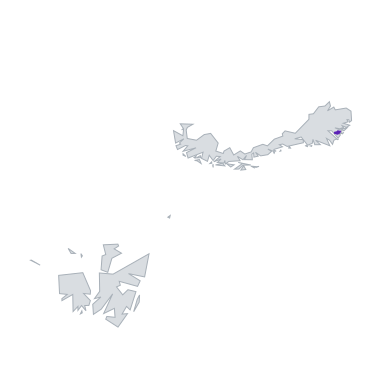 Vaksdal nor, Hordaland, Norway shown in context, rotated 224°
{"feature_id": "86288312B98052754922139", "entity_name": "Vaksdal nor", "entity_type": "district", "adm_level": 2, "iso_a3": "NOR", "parent_name": "Norway", "parent_adm1": "Hordaland", "projection": "mercator", "projection_center": [5.767, 60.674], "detail": "fine", "context": "in_parent", "style": "filled", "palette": "violet", "viewbox_px": 384, "rotation_deg": 224, "n_neighbors": 0, "source": "geoboundaries", "source_scale": "gbopen_adm2", "svg_char_len": 5418}
<svg xmlns="http://www.w3.org/2000/svg" viewBox="0 0 384 384"><g transform="rotate(224 192 192)"><path d="M203.3,238.0L196.3,241.4L197.4,243.7L195.6,250.1L187.7,247.6L185.8,255.1L180.4,256.0L177.3,261.9L178.6,266.5L174.2,275.5L169.8,277.6L169.5,287.2L165.5,295.3L167.5,296.6L167.5,300.6L158.5,306.0L158.4,325.5L161.8,329.1L159.0,332.6L160.0,341.3L156.1,346.2L155.9,352.4L152.1,350.0L150.9,344.5L149.0,351.6L146.0,350.6L139.4,359.5L133.8,360.6L126.8,354.2L127.2,351.6L129.5,352.9L130.8,351.7L128.5,350.8L131.0,346.5L124.9,349.6L125.8,345.7L130.1,344.0L127.8,343.6L129.7,340.1L133.8,337.4L129.8,339.0L125.0,345.7L125.3,341.5L127.6,341.1L125.0,338.0L127.4,335.7L124.9,336.2L124.3,332.2L134.0,333.1L136.7,330.5L124.8,330.8L125.9,327.8L124.0,323.9L129.1,324.8L132.5,324.0L125.0,321.0L139.0,315.1L132.6,315.2L136.5,311.3L141.6,313.9L139.3,310.6L141.3,306.0L151.7,307.4L155.1,301.6L148.4,306.9L146.1,304.8L155.2,290.9L160.1,289.5L162.0,286.7L158.3,287.4L162.6,279.6L161.4,277.9L167.3,275.6L163.0,276.4L163.4,271.5L167.7,265.7L173.9,264.7L169.3,263.8L171.7,260.1L174.8,262.9L175.2,260.7L171.0,257.1L176.7,251.8L178.2,256.2L177.7,250.6L184.1,249.2L179.1,247.9L186.7,239.6L187.5,235.4L190.3,237.5L189.1,235.1L194.3,230.8L194.0,236.0L197.3,228.9L196.3,237.1L199.3,234.7L198.7,229.3L205.1,230.4L202.2,224.8L208.5,222.8L211.7,228.3L218.4,213.7L223.3,216.5L219.8,226.6L226.7,215.1L227.1,222.3L229.0,220.9L231.9,212.5L235.7,214.2L233.4,218.5L235.1,218.6L234.8,224.6L237.8,215.8L247.9,223.3L237.6,226.1L241.9,231.6L247.8,232.9L238.4,241.4L240.2,235.3L239.3,232.6L232.6,227.2L224.7,232.4L223.1,241.8L219.3,247.1L207.2,245.4L203.3,238.0ZM177.9,35.5L185.4,42.3L184.6,53.2L188.1,47.5L189.4,56.4L202.4,69.4L191.7,78.1L180.0,117.7L167.1,98.0L181.0,89.2L167.6,92.1L165.6,86.3L182.3,77.2L178.8,75.1L180.4,71.3L170.4,69.9L170.2,77.2L163.1,81.4L154.6,64.2L159.6,64.2L157.5,55.6L153.9,59.7L151.4,43.4L165.7,40.6L166.8,43.3L160.3,48.4L167.0,54.4L171.1,43.2L178.3,63.6L175.9,44.7L177.9,35.5ZM194.5,23.4L206.6,35.5L210.1,23.5L211.5,24.9L210.6,31.7L216.7,26.9L230.0,39.4L214.5,58.1L196.4,50.5L194.2,47.8L199.5,43.7L189.7,43.3L187.4,38.8L190.3,35.8L185.8,32.9L192.6,33.6L191.8,27.6L194.6,30.5L194.5,23.4ZM203.4,72.9L212.2,83.5L210.6,87.1L219.1,92.4L209.1,103.0L207.3,102.2L208.5,97.0L200.2,99.0L203.6,88.7L196.8,75.7L203.4,72.9ZM175.5,247.5L179.3,245.4L168.4,252.3L173.9,246.8L174.2,241.1L177.3,238.0L175.5,247.5ZM181.5,236.9L186.6,236.4L180.6,240.8L181.5,236.9ZM186.5,233.6L193.9,227.8L190.0,233.9L186.5,233.6ZM150.8,65.4L156.8,76.7L158.2,81.5L153.5,76.1L150.8,65.4ZM172.1,241.7L173.0,246.8L168.9,245.5L172.1,241.7ZM212.1,216.5L209.2,220.5L205.2,218.8L209.9,218.0L212.1,216.5ZM212.6,219.4L211.3,223.9L209.6,222.7L212.6,219.4ZM163.8,252.7L167.7,251.5L163.5,254.8L163.8,252.7ZM260.3,31.4L250.4,33.9L260.7,30.8L260.3,31.4ZM236.3,63.8L241.9,65.4L233.3,66.7L236.3,63.8ZM221.1,213.3L224.1,212.3L225.0,213.3L221.1,213.3ZM214.6,218.2L214.0,220.7L213.2,218.5L214.6,218.2ZM198.9,224.9L198.8,227.3L197.7,226.4L198.9,224.9ZM191.9,157.1L191.4,160.0L190.0,157.7L191.9,157.1ZM229.1,70.5L226.5,69.9L226.3,68.3L229.1,70.5ZM153.0,290.8L153.7,292.4L151.6,292.0L153.0,290.8ZM193.8,224.4L195.3,225.3L196.2,226.7L193.8,224.4ZM187.6,26.8L188.7,30.0L187.0,28.8L187.6,26.8ZM142.3,304.9L140.0,305.0L142.4,304.1L142.3,304.9ZM138.9,307.3L138.1,308.6L137.7,307.9L138.9,307.3ZM162.9,255.3L161.6,257.0L163.0,254.1L162.9,255.3ZM124.5,338.6L124.3,340.4L124.1,338.0L124.5,338.6ZM160.4,278.3L159.8,276.9L160.6,277.0L160.4,278.3ZM242.6,229.4L242.3,231.3L242.2,231.0L242.6,229.4ZM161.1,279.5L159.7,279.8L161.3,279.2L161.1,279.5ZM157.0,282.5L157.2,283.8L156.5,283.4L157.0,282.5ZM123.9,330.7L123.3,331.8L123.5,330.9L123.9,330.7Z" fill="#d9dde1" stroke="#a8b0b8" stroke-width="1"/><path d="M130.5,333.8L130.3,333.7L130.1,333.5L129.9,333.5L129.7,333.7L129.6,333.8L129.5,334.0L129.4,334.1L129.2,334.2L129.2,334.3L128.9,334.4L128.8,334.5L128.7,334.5L128.4,334.5L128.2,334.6L128.1,334.8L128.0,335.0L127.9,335.1L127.8,335.3L127.7,335.3L127.6,335.1L127.5,335.3L127.5,335.5L127.8,335.6L128.0,335.4L128.1,335.2L128.1,335.3L128.0,335.5L127.9,335.6L127.8,335.8L128.0,335.9L128.0,336.0L128.1,335.9L128.1,336.0L128.3,336.2L128.3,336.3L128.4,336.2L128.4,335.9L128.5,335.9L128.6,335.6L128.6,335.4L128.7,335.2L129.0,335.2L129.3,335.4L129.3,335.2L129.5,335.0L129.5,334.9L129.9,334.8L129.9,334.7L130.0,334.9L130.1,334.7L130.4,334.4L130.5,334.4L130.6,334.2L130.4,334.0L130.5,333.8ZM128.4,336.2L128.5,336.3L128.4,336.3L128.2,336.3L128.2,336.2L128.0,335.9L127.9,335.9L127.8,336.0L127.8,336.3L127.8,336.5L127.8,336.8L127.7,336.9L127.7,337.0L127.8,337.0L127.8,336.9L128.0,336.8L128.0,336.7L128.0,336.8L128.0,336.7L128.0,336.8L127.9,336.9L127.8,337.0L127.7,337.1L127.7,337.3L127.8,337.3L127.8,337.5L127.8,337.8L127.7,337.9L127.7,338.0L127.7,337.9L127.6,338.0L127.6,337.9L127.4,337.9L127.3,338.0L127.5,338.1L127.8,338.1L128.0,337.9L128.0,338.0L128.1,337.9L128.3,337.8L128.5,337.7L128.6,337.4L128.7,337.2L128.7,337.3L128.9,337.3L129.0,337.5L129.0,337.4L129.3,337.3L129.4,337.2L129.4,336.9L129.4,336.6L129.2,336.7L128.9,336.8L128.8,336.6L128.7,336.6L128.6,336.4L128.5,336.2L128.4,336.2ZM127.6,337.2L127.7,336.9L127.7,336.6L127.7,336.4L127.7,336.2L127.8,336.1L127.8,335.9L127.8,335.7L127.7,335.6L127.4,335.7L127.4,335.8L127.5,335.9L127.4,336.0L127.4,336.3L127.5,336.3L127.5,336.5L127.3,336.6L127.2,336.7L127.1,336.8L127.3,337.0L127.5,337.2L127.6,337.2Z" fill="#8b5cf6" stroke="#5b21b6" stroke-width="1.5"/></g></svg>